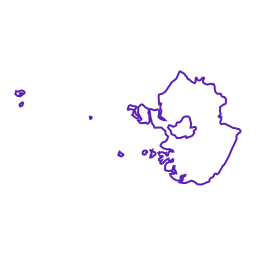 the Province of Gyeonggi
{"feature_id": "KOR-2498", "entity_name": "Gyeonggi", "entity_type": "Province", "adm_level": 1, "iso_a3": "KOR", "parent_name": "South Korea", "parent_adm1": "", "projection": "robinson", "projection_center": [126.66, 37.546], "detail": "fine", "context": "isolated", "style": "outline", "palette": "violet", "viewbox_px": 256, "rotation_deg": 0, "n_neighbors": 0, "source": "natural_earth", "source_scale": "10m", "svg_char_len": 6005}
<svg xmlns="http://www.w3.org/2000/svg" viewBox="0 0 256 256"><path d="M159.1,104.1L158.6,96.8L158.9,94.8L159.8,94.2L161.1,94.0L162.9,93.4L165.7,91.3L171.6,82.5L172.9,81.3L175.6,79.3L176.7,78.0L179.1,72.4L179.9,71.4L181.3,72.0L184.8,74.2L185.4,75.5L186.2,76.1L186.8,76.8L187.3,78.2L188.1,79.3L188.9,79.2L189.8,80.0L192.1,82.0L194.7,83.2L195.6,81.8L195.6,79.0L195.8,78.2L196.3,77.6L196.8,77.9L196.9,78.8L197.2,79.6L198.6,80.5L200.2,80.3L201.2,79.3L202.1,78.1L202.6,77.7L203.2,77.6L203.8,77.8L204.2,78.1L203.6,79.3L203.0,80.8L203.1,82.4L204.2,83.3L205.3,84.0L207.9,84.6L210.9,83.6L212.1,84.4L212.5,84.3L212.9,84.0L213.4,83.9L213.9,84.3L214.6,86.3L214.9,90.3L215.8,92.5L217.6,93.8L219.3,93.7L220.8,93.8L221.8,96.3L223.1,96.9L224.5,97.1L226.1,99.6L225.8,103.0L225.0,104.2L223.5,104.6L220.0,107.2L220.1,108.5L220.2,109.8L219.8,111.0L220.3,112.5L220.7,114.1L218.7,116.4L219.5,117.4L221.3,116.8L221.3,118.5L221.0,120.2L220.3,121.7L220.2,123.0L221.7,124.3L223.6,123.7L225.6,124.0L227.3,125.1L229.1,125.8L233.0,127.9L235.4,128.2L237.1,128.8L238.8,129.0L239.8,129.9L240.6,131.2L239.9,132.7L238.5,133.2L237.2,134.8L236.3,136.3L236.7,138.2L236.2,140.1L231.9,149.0L228.8,156.4L224.6,164.1L224.0,164.9L222.9,165.7L218.8,173.1L217.0,174.3L216.6,173.8L215.3,173.5L214.2,174.6L213.6,176.1L212.8,177.1L211.0,177.9L209.8,179.1L209.2,181.6L206.9,182.3L203.9,183.7L200.7,184.6L197.4,184.2L194.7,182.0L191.6,180.6L185.8,183.0L183.0,183.0L179.7,182.4L180.6,181.7L181.7,181.2L182.5,180.4L182.9,178.4L182.8,178.0L182.0,177.1L182.4,176.8L183.1,176.8L184.1,176.3L184.7,176.2L185.2,175.9L185.4,174.9L181.2,176.0L180.5,176.9L180.8,179.5L180.3,180.1L178.6,180.6L176.3,180.3L173.5,178.8L171.0,176.4L170.1,174.1L174.3,173.7L174.3,173.1L173.3,172.5L174.1,172.4L174.9,172.5L175.6,172.7L176.2,173.1L175.9,171.5L174.9,170.1L174.2,168.4L174.7,166.2L173.9,165.8L173.3,166.6L172.9,168.0L172.8,169.3L172.5,170.8L171.8,171.2L171.2,170.5L168.5,171.1L165.2,170.2L165.3,169.2L164.9,168.4L165.2,167.2L165.1,165.8L165.9,164.4L166.8,163.1L168.0,162.5L169.2,162.1L170.9,162.1L172.8,161.6L173.2,161.0L173.3,159.4L172.9,159.1L171.9,159.7L170.5,160.9L169.6,160.7L168.9,160.3L168.5,159.6L168.5,158.6L166.9,159.4L165.5,160.4L163.0,163.0L162.4,163.5L161.6,163.8L160.8,163.7L160.3,163.3L160.4,162.5L160.8,161.8L161.8,160.3L159.8,160.8L159.1,160.6L158.9,159.4L159.3,158.6L160.1,158.1L161.1,157.8L161.8,157.4L162.7,156.3L162.5,156.0L160.6,156.2L160.0,155.9L158.4,152.8L158.7,152.7L159.4,152.1L159.9,152.5L160.7,152.5L162.0,152.1L163.2,152.4L164.1,153.0L165.0,153.3L166.1,152.8L166.0,153.7L166.1,154.6L166.4,155.3L167.1,155.7L167.8,155.4L168.2,154.6L168.5,152.8L169.7,151.0L170.7,151.2L171.8,151.8L173.3,151.6L173.0,150.9L172.6,150.4L172.0,150.0L171.4,149.9L170.4,149.9L169.9,149.2L168.9,149.1L168.1,149.3L167.2,149.3L165.9,149.0L163.7,148.4L160.6,146.1L160.5,145.1L161.8,143.2L162.8,142.3L165.0,141.7L166.4,140.7L167.4,138.8L168.1,136.7L167.4,135.7L166.3,135.0L165.5,133.3L165.5,131.3L161.4,127.5L154.6,127.7L153.7,125.7L152.4,123.5L151.6,122.8L151.6,121.6L151.3,119.9L150.5,117.3L149.5,110.3L149.8,109.1L150.7,109.0L154.6,110.3L155.8,110.0L156.8,109.6L157.7,109.4L158.7,110.0L159.0,111.0L159.2,112.6L159.1,114.2L158.7,115.3L158.6,117.3L160.8,119.0L163.5,120.1L165.2,120.2L163.9,118.9L159.9,116.1L161.0,113.1L161.4,111.3L161.1,110.0L160.4,108.7L160.3,107.0L160.6,105.3L161.3,103.9L160.8,103.3L160.1,103.4L159.1,104.1ZM190.5,127.6L191.1,125.2L191.1,123.1L190.4,121.2L189.9,118.5L188.7,116.6L186.2,116.4L184.0,116.9L182.6,118.3L181.6,120.3L180.0,122.3L176.8,122.6L176.4,123.9L176.3,125.4L174.8,126.2L173.2,126.8L170.9,125.5L169.0,125.3L167.9,127.5L169.6,129.5L171.0,131.4L171.3,133.8L172.7,134.7L174.8,135.3L176.8,137.9L179.8,138.0L181.1,137.8L182.3,137.1L184.1,136.6L185.8,136.2L186.6,138.0L188.7,137.0L190.7,136.5L192.5,135.5L193.2,134.4L194.4,132.8L193.8,132.2L193.8,130.7L194.9,130.0L195.8,129.5L196.0,128.2L195.5,127.0L194.1,127.0L192.4,127.6L190.5,127.6ZM147.9,123.7L147.3,123.7L146.9,123.6L146.2,122.8L145.7,122.5L145.3,122.6L144.7,123.0L141.0,123.2L139.7,122.6L138.2,120.8L140.4,120.2L140.9,119.9L141.5,119.0L141.4,118.6L141.0,118.3L140.7,117.9L138.2,113.3L138.0,112.6L138.3,111.7L138.2,107.7L138.5,106.8L139.2,106.5L140.8,104.7L142.1,104.4L143.2,105.1L144.3,106.3L145.3,107.3L147.6,108.4L148.5,109.2L148.8,110.6L148.8,111.3L148.4,112.4L148.3,112.9L148.5,113.5L149.1,114.7L149.3,115.3L149.5,118.3L149.3,119.0L149.7,119.5L150.3,120.8L149.4,121.3L148.6,123.1L147.9,123.7ZM23.7,91.1L24.5,92.0L24.4,93.3L23.4,94.0L22.0,93.2L20.2,93.3L19.9,93.5L19.9,94.4L20.6,94.7L21.4,94.9L21.8,95.2L20.3,96.3L17.5,95.9L15.4,94.1L16.1,91.1L17.9,91.7L21.8,90.4L23.7,91.1ZM133.0,106.2L134.4,106.2L135.7,106.4L136.3,107.1L135.8,108.6L134.6,109.6L133.1,109.7L130.1,109.1L128.7,109.8L128.0,109.8L127.8,108.9L128.7,106.2L129.6,105.4L130.6,105.2L131.7,105.5L133.0,106.2ZM136.3,114.6L138.2,116.0L138.8,116.7L139.0,117.5L138.2,118.5L136.8,118.5L132.1,115.0L132.7,114.5L133.0,113.8L133.4,112.2L133.6,111.8L134.3,111.0L134.7,110.9L135.0,111.1L135.2,111.3L135.6,113.5L135.9,114.1L136.3,114.6ZM155.3,152.7L155.6,153.8L155.3,154.6L151.7,157.3L150.1,157.5L150.1,157.1L150.9,156.1L151.0,155.5L150.6,155.0L151.5,154.0L151.6,153.0L151.2,151.8L150.7,150.9L150.2,150.3L150.3,150.2L151.5,150.7L152.5,149.9L152.5,150.7L152.8,151.3L153.6,151.8L154.9,152.3L155.3,152.7ZM146.2,150.7L146.9,151.1L147.2,152.2L146.9,152.5L146.1,152.8L145.8,153.3L145.8,153.8L145.2,154.5L144.4,154.7L143.8,154.3L143.3,154.4L142.8,154.1L142.6,153.0L142.8,151.9L143.3,151.2L144.6,150.5L146.2,150.7ZM119.4,154.9L118.7,155.3L118.4,155.2L118.7,153.5L119.1,152.3L119.6,151.6L120.1,152.0L120.6,152.8L121.1,153.2L122.9,154.1L123.4,154.7L123.1,155.2L122.2,156.1L121.6,156.3L120.7,156.4L120.0,156.1L119.4,154.9ZM22.5,102.5L23.1,102.7L23.1,103.3L22.3,105.6L21.8,105.9L21.2,105.9L20.8,106.0L20.4,106.4L20.2,106.4L20.2,106.1L19.5,105.0L19.7,104.3L20.9,103.4L22.0,102.4L22.5,102.5ZM90.5,116.7L91.2,116.8L91.7,117.3L91.5,118.2L90.8,118.8L90.4,119.0L89.8,117.5L89.9,116.8L90.5,116.7Z" fill="none" stroke="#5b21b6" stroke-width="2"/></svg>